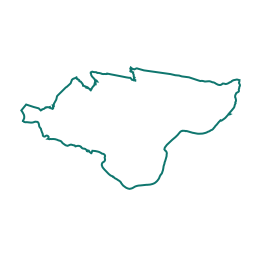 the district of Juanacatlán, Jalisco, Mexico, rotated 275°
{"feature_id": "50627088B972054417519", "entity_name": "Juanacatlán", "entity_type": "district", "adm_level": 2, "iso_a3": "MEX", "parent_name": "Mexico", "parent_adm1": "Jalisco", "projection": "equal_earth", "projection_center": [-103.138, 20.486], "detail": "fine", "context": "isolated", "style": "outline", "palette": "teal", "viewbox_px": 256, "rotation_deg": 275, "n_neighbors": 0, "source": "geoboundaries", "source_scale": "gbopen_adm2", "svg_char_len": 5742}
<svg xmlns="http://www.w3.org/2000/svg" viewBox="0 0 256 256"><g transform="rotate(275 128 128)"><path d="M185.4,234.9L185.8,232.3L184.7,228.6L184.4,228.4L183.9,227.4L183.3,227.0L182.7,226.2L182.2,225.0L181.6,224.5L180.7,222.8L180.3,221.6L180.6,219.5L180.5,218.4L179.8,217.8L179.0,216.6L178.8,215.2L179.0,213.8L179.8,211.8L180.4,210.7L180.9,209.4L180.9,208.2L181.4,206.6L181.7,205.2L181.6,204.2L181.0,200.6L181.3,198.9L181.4,197.5L181.1,196.1L181.3,194.9L183.8,184.3L184.1,177.1L184.7,174.3L184.7,170.5L185.4,165.7L186.8,138.8L187.7,134.1L188.2,131.6L187.9,130.8L187.0,129.3L187.3,127.4L187.3,126.7L187.7,126.7L188.5,125.5L187.2,125.1L186.5,125.8L186.3,126.0L186.0,126.3L185.7,126.4L185.4,126.3L185.3,125.7L185.0,125.4L184.7,125.4L184.6,125.6L184.3,126.3L184.3,126.8L183.9,128.3L183.6,128.3L183.3,128.1L183.0,128.2L182.0,128.8L181.6,128.9L181.4,129.1L179.8,129.2L179.3,129.6L178.8,130.2L178.4,130.0L178.3,129.6L177.3,129.6L177.0,129.9L176.7,130.5L176.4,131.1L175.9,131.1L176.1,130.4L175.9,129.9L176.2,129.1L176.4,127.7L177.2,127.0L177.9,126.3L178.2,125.9L178.1,124.7L178.3,121.9L179.0,115.6L179.9,106.8L180.4,102.5L180.0,102.4L179.8,101.3L179.8,100.2L179.6,98.9L179.6,97.5L179.9,96.7L180.2,95.1L180.3,94.3L180.2,92.5L180.7,91.9L180.8,91.1L180.7,89.2L181.0,87.4L180.7,87.1L180.2,86.1L179.5,86.0L179.3,86.1L179.2,86.3L177.2,86.9L176.1,87.8L175.5,88.4L174.8,89.3L174.1,89.9L173.5,90.7L173.0,90.8L172.7,90.9L172.7,92.1L172.3,92.7L171.7,93.2L171.8,91.3L170.8,91.1L170.7,91.2L170.0,91.0L169.8,91.7L169.1,92.0L168.6,92.0L168.3,90.7L167.4,90.5L166.2,89.5L165.5,89.1L164.2,88.4L163.4,88.2L162.3,87.6L162.6,87.1L163.6,86.4L163.8,85.7L164.6,84.7L164.2,84.6L164.6,82.8L165.1,82.8L165.3,82.9L165.7,82.0L165.7,81.2L166.1,80.5L166.2,79.5L167.4,79.3L167.7,78.9L168.5,78.5L168.9,77.9L170.0,77.0L170.4,75.5L171.1,75.4L171.5,75.1L171.8,74.7L171.8,74.1L172.1,73.6L172.3,73.2L172.7,73.2L172.8,72.6L173.9,72.2L172.8,70.4L172.5,69.6L171.9,68.7L171.3,68.1L170.8,67.8L170.3,67.8L169.6,67.5L168.0,67.1L167.4,66.9L166.0,65.6L165.1,64.8L164.4,64.1L163.6,63.4L163.0,62.5L160.6,60.5L154.0,54.9L153.3,54.5L151.6,54.3L149.9,54.0L147.0,52.7L145.7,52.1L144.1,52.1L144.0,51.1L143.6,51.3L143.6,52.0L143.3,52.1L143.3,51.3L141.0,51.7L140.7,51.4L140.8,51.0L140.6,50.9L140.7,50.7L140.9,49.6L141.2,49.3L141.3,49.1L141.3,48.3L141.7,48.2L142.1,48.2L141.7,47.1L141.7,45.4L141.5,45.0L141.4,45.0L141.2,44.6L141.3,44.5L141.3,44.0L140.4,43.3L139.9,42.8L139.0,40.7L138.5,40.5L137.9,39.6L139.8,37.3L140.7,32.2L142.5,24.5L136.2,20.2L134.5,21.6L132.0,23.2L130.7,23.6L129.4,23.7L128.6,23.7L127.1,23.2L126.1,22.7L125.8,22.7L125.8,23.0L125.0,24.0L124.9,24.5L124.8,25.8L125.0,26.5L124.9,31.0L125.2,32.7L126.2,35.0L126.2,37.2L125.8,37.9L124.8,38.6L123.6,39.0L121.7,39.5L120.7,40.3L119.7,41.3L119.2,41.4L118.8,41.6L118.4,41.7L116.2,42.7L115.0,43.4L114.0,43.7L112.9,43.9L112.3,44.8L112.2,45.2L112.2,45.9L113.0,46.8L113.4,47.7L113.3,48.2L112.9,49.1L112.2,49.7L111.1,49.6L110.6,49.4L110.3,49.1L110.3,49.5L110.1,49.9L110.0,50.8L110.2,51.4L110.3,51.8L110.3,53.0L110.5,54.2L110.5,56.4L110.0,58.8L109.6,59.7L109.6,60.0L109.4,61.1L108.8,62.7L107.7,63.7L107.2,64.2L105.6,66.9L105.3,67.6L105.0,69.3L105.1,69.6L106.2,71.7L106.5,72.7L106.0,75.5L106.0,75.9L106.0,76.3L105.7,76.7L105.4,76.9L105.1,77.2L105.8,79.2L105.9,80.0L105.9,80.8L105.8,81.3L105.6,82.0L105.3,82.4L105.3,82.6L105.1,82.9L104.9,82.9L104.1,83.8L104.0,84.1L103.8,84.4L103.7,84.6L103.7,84.8L103.6,85.2L103.6,86.3L103.4,87.2L102.4,88.7L102.2,89.7L101.7,89.1L101.4,89.1L101.2,89.6L101.2,89.9L101.3,90.5L101.6,90.9L101.6,91.2L100.7,91.9L100.1,93.1L99.7,93.4L99.7,93.7L102.2,94.5L102.2,97.3L101.9,99.9L101.6,101.3L101.3,102.2L101.0,102.7L100.9,103.1L100.4,104.0L100.2,104.3L100.1,105.5L100.0,105.8L99.7,106.5L99.4,106.9L98.9,107.3L98.2,107.6L97.7,107.6L96.6,107.3L96.3,107.4L96.1,107.5L95.3,107.7L95.0,107.7L94.5,107.9L94.2,107.9L93.6,107.8L92.6,107.3L91.3,105.6L89.9,105.1L88.8,105.1L86.8,106.0L86.2,106.5L84.6,108.1L80.5,112.8L79.7,114.0L79.2,114.7L78.7,116.2L78.7,116.4L78.4,117.0L78.1,117.1L78.2,117.6L77.8,118.1L77.2,118.7L76.8,119.3L76.1,121.1L75.4,122.3L74.4,124.3L73.1,125.8L72.7,125.9L72.2,126.3L70.2,128.2L68.8,130.5L68.2,131.6L67.7,133.3L67.5,134.9L68.1,136.8L68.6,137.8L70.3,140.2L70.9,141.5L71.5,143.3L71.9,145.6L72.7,149.7L73.0,151.3L73.1,152.3L73.6,155.1L74.4,157.4L75.3,159.1L76.1,160.1L77.7,161.6L79.9,163.0L81.1,163.5L82.6,163.9L84.4,164.7L84.5,164.9L85.8,165.7L89.1,166.5L91.1,166.7L93.1,166.8L95.6,167.4L97.1,167.5L97.9,167.8L100.2,168.3L101.4,168.5L102.7,168.8L103.1,168.8L103.4,168.9L104.7,168.8L106.0,168.9L106.9,168.7L107.7,168.3L108.3,167.8L108.9,166.9L109.9,166.1L111.7,166.4L114.6,168.2L120.1,173.1L123.1,176.1L125.3,178.0L128.2,180.0L129.0,180.7L129.5,181.4L129.9,182.2L129.8,182.3L130.0,183.2L130.1,184.6L130.0,185.4L129.9,185.7L130.1,186.1L130.0,186.6L130.0,187.2L129.6,189.2L129.5,189.8L129.4,190.1L129.2,191.2L129.1,191.8L128.9,192.6L128.8,193.9L128.5,196.6L128.4,198.1L128.5,199.6L128.9,202.5L129.1,203.3L129.9,205.6L130.4,206.7L131.3,208.1L131.6,208.8L131.9,209.4L132.3,210.0L132.6,210.2L133.1,211.0L133.3,211.5L133.7,212.1L134.5,212.9L134.8,213.1L135.2,213.3L135.7,213.6L135.9,213.9L137.8,215.0L138.8,215.9L139.0,216.0L140.1,216.8L140.6,217.1L142.2,218.2L142.8,218.9L143.0,218.9L143.8,219.5L143.5,220.5L145.3,222.7L146.6,224.1L149.8,226.5L150.7,227.6L150.4,228.2L150.6,228.5L150.8,227.6L151.0,227.2L152.4,228.2L154.6,229.8L157.4,231.7L158.4,232.1L160.5,232.4L162.1,233.0L162.5,232.7L163.0,232.7L163.5,232.9L163.8,233.1L164.6,233.2L165.8,233.0L167.3,232.5L168.1,232.0L169.9,232.0L170.5,232.2L172.3,232.9L173.7,234.9L174.5,235.3L176.0,235.0L176.6,235.1L177.2,235.3L178.5,235.3L179.8,235.8L180.1,235.8L180.8,235.7L182.6,234.6L184.1,234.9L184.7,234.8L185.4,234.9Z" fill="none" stroke="#0f766e" stroke-width="2"/></g></svg>